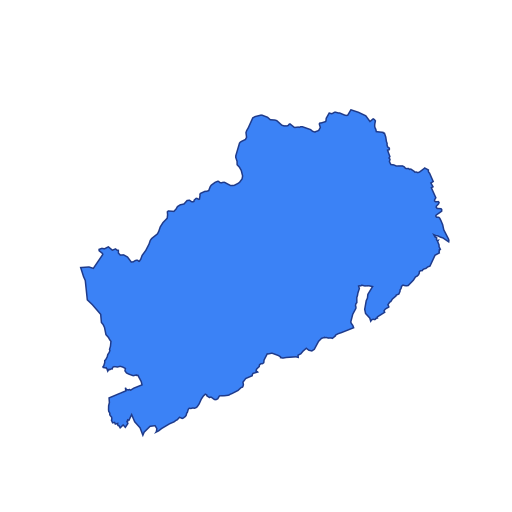 Corbi, Arges, Romania, rotated 250°
{"feature_id": "2599482B64907483378963", "entity_name": "Corbi", "entity_type": "district", "adm_level": 2, "iso_a3": "ROU", "parent_name": "Romania", "parent_adm1": "Arges", "projection": "robinson", "projection_center": [24.82, 45.271], "detail": "fine", "context": "isolated", "style": "filled", "palette": "blue", "viewbox_px": 512, "rotation_deg": 250, "n_neighbors": 0, "source": "geoboundaries", "source_scale": "gbopen_adm2", "svg_char_len": 6075}
<svg xmlns="http://www.w3.org/2000/svg" viewBox="0 0 512 512"><g transform="rotate(250 256 256)"><path d="M364.0,379.8L364.2,378.9L363.8,376.7L363.9,375.6L365.3,373.7L361.4,369.1L359.1,368.0L358.5,367.3L358.7,362.9L359.1,361.5L358.5,360.7L357.9,360.6L354.8,360.4L352.7,358.1L352.4,356.8L352.5,354.8L352.3,353.8L353.8,351.8L356.1,350.5L361.6,343.8L362.2,342.2L362.1,340.7L362.7,339.8L363.5,336.4L363.9,335.9L368.5,333.1L368.5,332.3L367.6,330.8L367.7,329.4L368.7,326.8L370.1,325.0L376.1,321.8L377.3,320.2L379.2,316.0L382.4,314.3L386.3,309.8L386.7,308.7L387.3,302.9L386.9,300.2L379.1,292.6L377.0,290.1L375.4,288.8L370.7,287.7L369.1,285.9L368.7,281.8L368.4,280.3L367.7,279.1L357.1,271.3L355.6,270.7L351.5,270.6L348.2,269.5L345.1,270.8L341.4,271.4L335.8,270.8L333.2,269.3L330.9,265.8L330.4,264.2L329.8,259.5L330.9,256.2L336.0,251.6L336.5,250.2L336.6,248.4L337.4,247.1L338.9,246.4L339.3,245.7L339.2,242.8L337.9,238.3L336.9,236.8L333.6,233.9L333.7,231.5L334.2,230.1L333.8,225.1L333.1,224.4L332.0,224.1L328.8,222.3L328.8,221.6L330.4,220.1L330.6,219.4L329.6,217.0L328.5,216.3L328.5,215.1L329.1,214.0L331.2,212.5L331.7,210.2L329.5,206.1L330.0,202.3L329.3,199.1L327.5,197.0L326.0,194.1L328.3,189.0L327.8,187.8L324.9,187.0L321.9,185.5L319.2,180.0L316.1,176.0L312.6,173.2L310.5,171.0L308.1,163.9L306.8,162.0L303.8,159.6L298.9,154.3L295.5,149.2L292.4,146.6L290.9,144.5L291.1,144.0L292.0,143.6L292.8,142.8L293.0,141.0L292.5,138.7L293.0,136.7L299.0,134.9L302.3,132.0L303.3,128.8L305.8,127.7L308.4,128.6L308.9,127.5L310.7,126.4L310.6,123.0L315.1,120.4L314.6,116.0L315.9,113.8L315.9,110.8L314.6,110.4L310.9,112.6L309.8,112.5L300.0,98.9L302.8,95.3L305.1,87.3L295.6,86.9L291.4,87.2L272.5,82.5L266.2,85.6L254.3,90.1L246.4,88.0L243.9,88.9L240.7,89.2L233.4,88.1L229.9,89.5L227.3,89.9L225.4,90.5L221.0,88.4L218.3,86.4L217.2,86.4L215.6,85.1L214.1,83.0L212.1,81.7L209.9,79.2L209.5,78.1L207.6,77.4L204.8,75.3L204.4,74.4L204.0,74.2L203.4,74.4L202.9,75.5L202.4,76.0L202.3,77.0L201.7,77.0L200.3,77.6L199.9,77.3L198.5,77.3L199.8,78.9L199.6,79.5L199.2,79.6L199.4,81.8L199.1,82.3L199.9,82.8L200.5,83.7L200.6,84.6L199.8,86.6L199.1,87.7L198.8,90.6L197.4,92.6L195.0,94.8L192.9,93.6L190.4,94.3L188.6,96.0L185.5,99.7L185.1,102.9L184.6,103.0L184.3,104.2L177.2,105.2L173.9,104.8L173.6,96.0L172.8,92.2L173.8,91.5L173.7,90.4L174.2,89.9L174.3,89.1L174.6,88.6L176.9,88.2L173.8,87.6L172.9,69.4L168.4,68.1L165.7,66.3L162.1,64.9L160.5,64.5L158.2,64.9L157.2,64.4L156.1,64.4L154.0,65.2L152.2,64.8L151.1,64.0L148.3,64.2L148.0,66.2L146.2,66.3L146.0,68.8L144.9,68.3L143.9,68.4L143.4,69.2L141.0,69.6L142.7,73.4L139.7,74.6L142.4,78.3L144.7,78.1L144.8,78.3L144.3,78.7L145.2,79.2L145.7,79.2L146.0,79.5L145.2,80.5L149.5,84.9L141.7,85.3L134.2,88.3L126.3,88.4L128.7,90.6L132.2,98.2L131.1,103.1L127.7,103.8L125.0,102.3L124.7,101.9L125.0,104.7L126.2,108.4L127.9,117.4L128.2,122.4L128.9,124.5L129.0,125.9L130.6,129.0L128.6,131.1L128.6,132.3L129.4,134.8L130.3,136.0L132.1,137.1L132.4,137.9L135.1,139.9L135.8,141.2L135.0,142.6L134.8,144.7L134.0,146.1L134.0,147.7L134.4,149.1L136.4,151.9L140.2,155.6L142.4,158.6L143.5,161.1L142.2,162.2L141.4,162.0L138.9,163.9L139.0,164.8L138.6,165.7L135.4,167.8L134.7,169.2L134.9,171.2L136.9,173.6L137.0,174.2L135.5,178.5L134.7,182.0L134.6,183.2L135.0,184.9L134.9,185.8L135.8,193.1L137.5,197.1L137.4,198.3L137.7,198.9L139.3,200.1L141.9,200.6L144.4,204.4L144.8,211.5L145.7,211.9L146.7,213.0L146.4,217.9L146.9,217.7L147.7,216.7L148.9,217.3L149.7,218.2L151.0,221.2L152.6,222.1L153.1,223.8L152.6,225.3L153.1,226.8L155.5,228.0L160.2,233.1L159.8,234.0L159.3,237.4L158.9,238.2L154.9,242.9L152.9,244.6L152.1,244.3L150.9,246.4L150.3,249.7L147.6,259.1L146.3,261.0L148.4,261.6L148.8,264.7L150.5,267.6L152.1,271.7L149.4,273.4L147.7,276.0L148.4,278.9L154.4,285.6L156.2,289.4L156.1,292.5L155.8,292.5L155.3,294.3L154.2,295.8L153.3,298.6L152.5,299.6L153.7,303.2L154.1,303.3L154.5,304.0L154.9,306.6L154.8,310.0L155.2,323.2L157.6,323.2L160.2,322.5L161.6,322.5L168.2,327.0L172.6,331.9L173.9,332.5L175.0,332.4L177.0,333.5L177.7,334.8L182.5,336.5L184.1,337.8L186.4,339.1L190.1,342.0L192.7,342.1L192.7,342.9L192.1,344.3L192.4,345.4L190.7,347.9L189.4,351.9L187.4,355.1L181.7,348.0L178.3,346.3L176.3,344.3L168.7,339.9L164.5,339.3L158.7,341.7L155.5,341.5L156.5,342.9L156.5,344.4L155.6,345.9L155.8,346.8L156.3,347.2L156.2,348.9L156.8,348.9L157.3,349.3L159.1,357.7L160.6,357.5L161.4,358.5L162.0,359.7L162.6,363.3L163.2,363.5L165.1,363.3L166.9,365.9L167.1,367.1L168.9,369.4L170.6,373.9L171.3,374.4L171.4,377.2L173.5,379.2L175.0,379.9L175.7,381.0L176.8,381.9L177.7,382.3L178.4,384.2L177.5,385.3L176.6,387.0L176.2,388.9L179.5,395.7L181.8,398.7L182.0,400.6L182.8,402.3L184.2,403.7L185.3,404.0L185.9,405.4L185.4,407.3L186.1,408.1L186.4,409.7L186.2,411.4L187.0,413.6L187.0,416.0L195.5,424.5L196.2,429.3L197.5,429.5L198.3,430.3L199.0,430.2L199.3,430.7L199.3,431.5L202.1,431.2L203.9,431.8L207.6,431.6L208.4,432.6L208.5,431.7L209.1,431.3L209.8,431.2L211.2,432.0L212.5,430.8L215.2,430.4L213.6,432.0L212.8,433.7L210.7,435.7L209.0,437.9L203.4,441.9L204.7,442.6L206.1,442.7L216.4,441.4L221.5,442.1L225.8,441.9L228.5,441.6L229.5,441.2L230.0,440.7L230.7,438.9L231.8,438.6L232.4,438.8L232.9,439.5L234.6,445.8L236.1,446.4L236.9,446.2L237.4,445.5L238.7,442.5L240.2,442.0L241.2,442.6L242.5,445.3L243.6,446.3L244.7,446.0L245.6,443.2L246.7,442.6L247.8,443.1L249.2,444.9L260.2,444.1L260.5,446.0L264.8,445.3L265.4,448.0L274.5,447.4L275.6,446.9L276.9,447.0L277.9,447.4L281.0,444.6L280.7,444.0L278.9,438.1L279.1,436.4L279.9,435.6L280.6,433.8L281.4,433.6L284.6,431.3L284.9,430.7L284.9,429.8L286.0,429.3L286.7,427.2L287.3,426.4L288.9,425.9L290.5,424.5L292.6,418.6L294.5,416.6L295.8,414.0L299.0,413.6L301.1,415.0L302.6,414.5L303.6,415.8L310.5,415.8L310.3,417.4L310.9,418.0L312.0,418.1L313.4,417.0L315.5,417.1L317.0,417.7L318.9,417.7L323.4,418.6L327.5,418.7L327.8,417.8L328.7,417.7L331.7,411.6L334.2,411.9L335.8,411.7L337.4,411.9L339.5,412.8L342.1,414.4L343.7,413.9L344.8,413.0L343.4,409.1L350.2,407.1L356.0,401.4L360.9,395.2L356.9,390.3L357.1,389.1L357.9,387.7L361.8,383.5L362.1,382.5L364.0,379.8Z" fill="#3b82f6" stroke="#1e3a8a" stroke-width="1.5"/></g></svg>